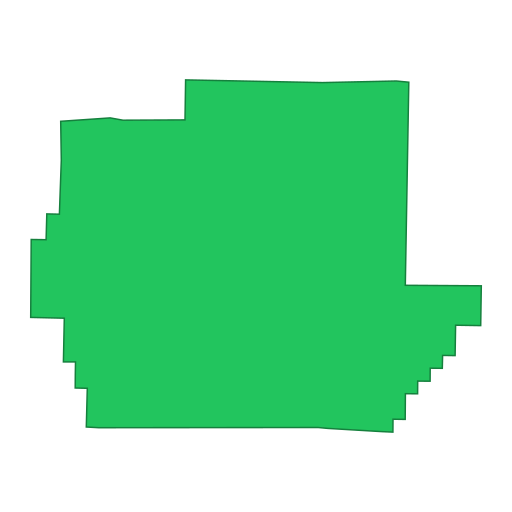 Wayne, Missouri, United States of America (Equal Earth projection)
{"feature_id": "52423323B35235503549305", "entity_name": "Wayne", "entity_type": "district", "adm_level": 2, "iso_a3": "USA", "parent_name": "United States of America", "parent_adm1": "Missouri", "projection": "equal_earth", "projection_center": [-90.442, 37.12], "detail": "fine", "context": "isolated", "style": "filled", "palette": "green", "viewbox_px": 512, "rotation_deg": 0, "n_neighbors": 0, "source": "geoboundaries", "source_scale": "gbopen_adm2", "svg_char_len": 604}
<svg xmlns="http://www.w3.org/2000/svg" viewBox="0 0 512 512"><path d="M408.8,82.2L396.3,81.0L322.4,82.6L185.6,79.9L185.0,119.9L123.0,120.2L110.2,117.9L60.7,121.3L61.3,160.2L59.4,214.2L46.8,213.9L46.1,239.7L31.2,239.5L30.7,317.4L64.3,318.2L63.4,361.9L75.5,361.9L75.3,374.6L75.2,388.0L87.3,388.3L86.3,427.0L98.6,427.7L318.2,427.5L327.7,428.4L381.6,431.6L392.9,432.1L393.0,419.2L405.2,419.4L405.4,393.7L417.6,393.8L417.7,381.1L430.1,381.2L430.2,368.2L442.3,368.3L442.6,355.4L455.1,355.6L455.6,325.2L480.7,325.6L481.3,285.8L405.3,285.3L408.8,82.2Z" fill="#22c55e" stroke="#15803d" stroke-width="1.5"/></svg>